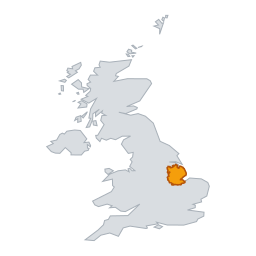 Lincolnshire highlighted on a map of United Kingdom
{"feature_id": "GBR-2081", "entity_name": "Lincolnshire", "entity_type": "Administrative County", "adm_level": 1, "iso_a3": "GBR", "parent_name": "United Kingdom", "parent_adm1": "", "projection": "natural_earth1", "projection_center": [-0.294, 53.122], "detail": "fine", "context": "in_parent", "style": "filled", "palette": "amber", "viewbox_px": 256, "rotation_deg": 0, "n_neighbors": 0, "source": "natural_earth", "source_scale": "10m", "svg_char_len": 5676}
<svg xmlns="http://www.w3.org/2000/svg" viewBox="0 0 256 256"><path d="M139.8,204.1L125.3,211.6L120.8,211.1L115.4,207.3L109.6,207.8L112.1,205.8L107.2,204.1L98.5,206.6L94.8,204.9L92.6,201.1L111.4,191.6L114.3,187.0L112.6,185.6L112.4,179.1L102.7,181.4L109.7,174.2L118.1,170.8L125.4,169.9L129.1,171.8L128.0,168.9L129.7,168.2L132.1,170.8L134.9,170.7L129.7,166.4L132.1,161.8L130.2,159.4L132.6,157.0L133.2,152.4L128.3,153.4L121.4,144.2L123.6,139.8L130.6,136.1L122.2,136.2L115.5,139.7L110.7,138.3L106.3,140.2L101.5,138.3L99.9,141.6L96.3,138.1L95.7,135.4L97.7,135.3L104.1,124.6L100.7,120.4L101.9,115.6L105.8,115.4L101.7,113.1L102.4,110.9L95.6,116.5L95.5,112.8L99.3,109.3L92.9,113.8L92.7,119.0L89.7,126.9L86.2,127.5L90.8,118.3L88.9,118.1L90.6,108.9L96.5,98.4L88.8,103.1L81.2,99.2L87.8,96.4L85.7,95.4L90.2,91.2L90.7,88.5L87.1,85.5L87.0,83.7L90.6,82.1L88.1,79.5L90.4,75.1L97.6,75.1L93.6,71.3L94.9,67.8L100.2,67.3L99.0,64.8L100.2,61.1L109.5,62.2L131.5,59.7L128.9,66.1L116.3,73.5L115.5,75.8L118.4,76.4L113.8,81.4L127.4,78.7L146.9,78.8L150.2,80.7L151.6,83.6L139.8,100.9L126.6,106.6L133.5,105.9L137.3,107.5L136.9,108.9L125.7,113.6L118.8,112.2L130.7,115.2L138.1,113.6L145.4,116.2L153.3,123.1L160.1,141.3L169.3,145.5L178.9,153.6L176.9,155.7L182.2,164.4L175.8,161.7L169.4,162.0L175.5,162.6L184.8,170.2L186.2,173.9L181.1,179.3L185.0,181.4L189.6,178.0L201.4,178.9L207.8,182.5L209.3,186.2L206.8,196.0L200.9,199.2L201.6,201.9L192.9,204.3L195.3,205.2L195.2,207.7L187.5,210.0L204.0,212.2L203.8,216.1L197.9,219.0L196.5,221.6L183.8,225.1L167.2,225.0L156.6,222.2L158.0,223.8L146.3,225.9L147.4,228.0L146.2,228.5L130.0,226.1L123.2,227.9L118.4,236.3L109.8,233.0L100.8,235.2L94.1,240.6L85.1,239.8L98.1,230.0L103.5,224.8L104.6,220.5L108.4,219.4L110.3,215.9L127.9,215.6L139.8,204.1ZM81.3,155.0L71.0,154.9L71.1,152.7L65.3,147.6L59.9,153.3L55.3,153.1L51.3,151.6L46.7,146.6L53.3,143.6L50.8,141.4L56.7,140.0L59.8,134.5L62.4,133.1L64.3,134.1L66.9,131.2L74.6,130.0L80.3,130.5L86.8,138.9L84.0,142.6L88.9,142.1L90.6,145.6L90.4,146.8L87.3,144.5L87.5,148.1L89.1,148.3L88.2,150.4L84.6,151.2L81.3,155.0ZM81.3,65.2L79.1,68.8L75.4,70.8L77.4,72.3L68.7,77.9L66.7,76.5L70.4,74.3L67.3,72.6L68.5,71.7L66.8,70.7L67.9,68.1L72.7,68.8L72.0,66.5L80.7,62.4L81.3,65.2ZM81.5,82.9L81.6,86.9L89.0,88.7L83.8,92.4L83.1,89.2L78.5,89.2L71.6,84.2L78.2,79.6L81.5,82.9ZM158.7,19.4L161.9,23.3L163.5,22.8L159.6,34.3L159.8,28.7L153.9,26.1L158.5,25.0L155.4,21.8L158.7,19.4ZM86.7,107.0L78.0,108.0L80.9,103.9L78.1,102.3L81.6,100.7L87.1,103.9L86.7,107.0ZM109.1,168.4L113.4,170.8L108.0,174.4L105.1,171.8L104.9,169.1L109.1,168.4ZM80.7,115.6L81.2,121.3L77.7,122.4L77.8,118.7L74.7,120.5L76.1,117.2L80.7,115.6ZM131.7,50.2L131.4,52.1L136.2,53.1L129.8,53.8L126.9,51.8L128.6,49.2L131.7,50.2ZM97.1,125.7L93.4,125.0L92.9,121.1L95.9,120.6L97.1,125.7ZM162.5,226.6L159.4,228.8L154.1,227.1L158.4,224.8L162.5,226.6ZM83.2,118.0L81.6,116.4L87.4,111.7L86.2,114.0L83.2,118.0ZM64.6,79.2L66.4,80.4L64.9,82.3L59.6,80.9L64.6,79.2ZM63.5,91.0L61.4,90.7L61.1,85.5L63.4,85.7L63.5,91.0ZM163.7,21.4L161.8,19.6L162.9,17.2L164.5,17.9L163.7,21.4ZM136.8,48.4L135.5,48.9L131.8,45.6L133.0,45.1L136.8,48.4ZM129.8,56.4L128.0,56.6L126.2,54.0L128.1,54.1L129.8,56.4ZM167.9,15.4L167.1,17.9L165.6,17.7L165.7,15.4L167.9,15.4ZM141.6,46.6L137.9,47.5L142.0,46.1L141.6,46.6ZM79.0,94.1L77.9,94.3L76.6,93.0L78.4,92.3L79.0,94.1ZM134.1,55.7L132.8,57.2L131.9,55.8L134.1,55.7ZM74.7,101.1L72.5,101.8L75.5,100.3L74.7,101.1ZM60.7,94.1L59.2,94.4L58.6,93.9L60.1,93.0L60.7,94.1Z" fill="#d9dde1" stroke="#a8b0b8" stroke-width="1"/><path d="M180.7,166.2L181.9,166.9L182.2,167.0L182.5,167.1L182.8,167.2L183.1,167.4L183.1,167.6L183.2,167.8L183.2,168.0L183.3,168.1L183.5,168.1L183.9,168.4L183.8,168.5L184.1,168.7L184.3,169.0L184.5,169.3L184.6,169.6L186.0,172.5L186.2,173.3L186.2,174.2L185.9,175.3L185.8,175.5L185.6,175.5L185.3,175.6L185.0,175.7L183.5,176.9L183.2,177.0L181.7,178.6L181.3,178.9L180.9,179.0L180.7,179.1L180.5,179.4L180.5,179.7L181.0,179.7L181.9,179.6L182.1,179.6L182.5,179.9L182.8,180.0L183.2,180.2L184.0,181.2L184.4,181.6L184.7,181.5L184.9,181.4L184.9,181.5L184.7,182.1L184.9,182.3L184.9,182.5L183.6,183.2L183.2,183.1L182.8,183.1L181.9,183.5L181.3,183.5L181.2,183.7L181.3,184.3L181.1,184.6L180.9,184.8L180.3,184.8L179.5,184.6L179.0,184.7L178.6,184.7L178.0,185.0L177.7,184.8L177.3,184.9L177.0,184.6L176.0,184.8L175.1,184.4L173.7,185.0L173.1,185.0L172.6,184.9L172.2,185.0L171.9,184.9L171.8,184.7L172.1,184.7L172.9,184.5L173.4,184.2L171.8,183.5L171.6,183.1L171.0,182.8L170.6,182.8L170.2,182.7L169.5,182.7L169.3,182.2L169.1,181.4L168.9,181.2L168.6,180.5L168.3,180.1L167.8,180.0L167.8,179.8L167.7,179.5L168.0,178.8L167.9,178.7L167.7,178.5L167.6,178.1L167.3,177.6L167.4,177.2L167.8,176.9L168.1,176.5L168.9,176.2L168.8,175.8L168.5,175.5L168.7,175.2L168.6,174.8L168.6,174.3L168.6,173.9L168.1,173.9L168.0,173.7L168.2,173.2L168.6,173.2L168.9,173.0L169.3,173.0L169.5,172.7L169.8,172.3L169.8,172.2L169.7,172.1L169.5,172.4L169.1,172.2L168.7,172.2L168.3,172.4L167.5,172.3L167.6,171.4L167.9,170.7L168.0,170.4L167.7,169.6L167.4,169.4L167.4,169.2L167.5,169.0L167.5,168.9L167.3,168.4L167.1,168.2L167.1,167.7L167.7,167.2L168.0,167.0L168.1,166.4L170.1,166.6L170.2,166.9L170.0,167.4L170.2,167.6L170.3,167.7L170.9,167.7L171.9,167.5L172.6,167.3L172.6,167.2L172.7,166.6L173.7,166.5L173.9,166.3L173.9,166.2L173.7,166.0L172.4,166.0L172.4,165.9L173.4,165.3L174.5,165.5L174.9,165.5L175.5,164.9L175.5,164.5L175.6,164.4L176.4,164.8L176.9,165.3L177.5,165.3L177.5,165.5L177.0,165.9L177.3,166.7L177.2,167.2L177.6,167.4L177.7,167.6L178.0,167.7L178.0,167.9L178.4,168.2L178.6,168.2L179.1,167.9L178.8,167.7L179.3,166.5L179.6,166.4L179.9,166.4L180.3,166.3L180.5,166.2L180.7,166.2Z" fill="#f59e0b" stroke="#b45309" stroke-width="1.5"/></svg>